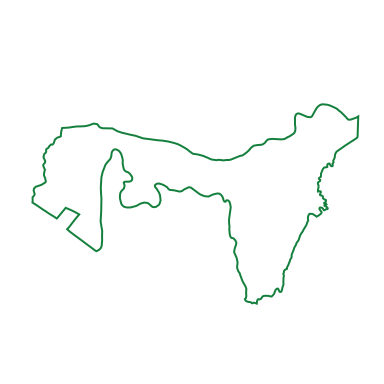 Uspantán, Quiché, Guatemala, rotated 97°
{"feature_id": "79465075B86057243605305", "entity_name": "Uspantán", "entity_type": "district", "adm_level": 2, "iso_a3": "GTM", "parent_name": "Guatemala", "parent_adm1": "Quiché", "projection": "orthographic", "projection_center": [-90.797, 15.482], "detail": "fine", "context": "isolated", "style": "outline", "palette": "green", "viewbox_px": 384, "rotation_deg": 97, "n_neighbors": 0, "source": "geoboundaries", "source_scale": "gbopen_adm2", "svg_char_len": 5959}
<svg xmlns="http://www.w3.org/2000/svg" viewBox="0 0 384 384"><g transform="rotate(97 192 192)"><path d="M187.1,341.2L187.7,340.7L188.0,340.7L190.9,341.1L193.4,341.0L196.6,339.3L199.2,338.4L200.2,338.6L201.1,339.6L203.3,342.4L205.9,347.8L207.9,349.3L210.0,349.3L213.3,347.9L214.6,348.2L216.6,349.6L220.8,349.0L221.9,349.1L225.0,342.7L227.3,338.4L228.9,335.0L230.9,331.2L233.1,326.3L234.8,323.0L233.4,322.0L223.1,315.4L224.8,309.6L226.1,305.8L228.0,301.2L234.0,305.1L241.8,309.7L244.2,311.4L246.6,307.8L250.1,301.7L250.9,300.2L262.2,280.4L262.3,279.4L260.6,277.1L259.7,276.3L258.5,275.6L256.4,275.1L250.6,275.3L248.4,275.7L241.6,276.4L238.7,277.2L238.0,277.5L232.4,279.1L222.0,279.8L209.5,281.1L203.0,282.4L198.3,283.1L188.5,283.7L183.0,283.1L175.5,281.2L172.8,279.7L169.9,277.6L168.8,277.0L166.5,276.5L162.7,276.5L161.4,276.1L160.2,275.4L159.1,274.0L159.0,272.4L159.3,271.2L160.3,269.2L162.7,267.0L167.1,265.1L168.8,264.6L172.6,264.2L176.8,262.8L178.6,261.8L179.5,260.5L180.0,259.2L180.2,257.8L181.0,256.5L182.0,255.3L184.1,253.5L185.0,253.1L186.2,252.9L187.3,253.0L188.3,253.6L188.8,254.3L189.4,255.7L189.8,259.0L190.1,260.1L190.6,260.7L191.1,260.9L192.9,260.0L194.1,259.7L196.0,259.9L196.8,260.0L199.1,261.8L200.6,262.6L201.8,263.0L203.2,263.1L205.3,263.0L207.2,262.7L212.0,260.9L213.2,260.1L214.5,258.5L214.9,257.6L215.2,255.9L215.3,254.5L214.8,251.0L212.7,245.8L211.9,244.5L210.0,242.1L208.3,238.1L208.3,235.0L208.7,233.8L211.6,229.5L211.7,227.7L211.0,225.7L208.8,223.3L207.1,222.6L204.1,222.2L200.1,223.1L198.3,223.7L196.3,224.9L194.8,226.1L193.0,227.6L191.6,229.1L190.9,229.5L190.0,229.6L189.3,229.3L188.1,227.9L187.8,226.7L187.6,225.7L188.1,222.7L188.7,220.7L190.2,217.4L190.7,216.8L191.8,215.9L192.6,214.4L192.5,210.1L193.1,204.4L192.3,202.1L190.6,200.3L188.2,196.7L187.6,195.4L187.8,193.5L192.9,184.6L193.9,182.2L194.6,179.0L194.5,175.1L192.0,171.0L191.0,168.5L190.3,166.3L190.3,164.8L191.2,162.9L193.1,161.1L196.8,159.4L197.6,158.5L197.5,157.5L196.4,157.0L195.9,156.4L196.0,155.1L196.5,154.3L197.2,153.6L200.0,152.4L202.5,151.7L214.6,151.9L218.9,151.3L221.7,150.6L224.7,150.4L229.3,149.4L231.7,148.4L232.2,148.0L232.5,147.6L232.8,146.8L232.8,145.8L233.1,145.0L234.5,143.3L236.2,142.1L236.9,141.8L239.1,141.9L242.2,142.6L245.1,142.9L246.7,142.8L251.9,139.7L256.2,138.2L260.7,138.1L262.2,137.8L265.0,136.4L267.0,134.6L268.0,134.3L274.5,130.9L279.0,127.5L281.4,126.3L285.5,126.0L288.8,125.4L290.8,125.6L291.7,126.4L292.5,126.1L293.3,125.5L293.8,124.5L294.2,123.0L294.2,120.4L294.5,119.7L295.0,119.2L295.1,118.6L295.0,118.2L294.5,117.6L294.3,116.7L294.9,114.1L292.1,114.1L290.7,113.7L290.3,113.2L290.4,111.8L289.8,110.7L287.0,109.1L286.8,108.8L286.4,107.9L286.0,106.2L285.8,103.3L286.1,101.1L286.0,100.2L284.1,98.7L282.5,97.9L280.9,97.7L278.8,97.0L278.3,96.6L277.5,95.7L277.4,95.3L277.5,94.8L277.7,94.6L280.2,93.1L280.4,92.6L280.4,92.1L280.2,91.4L280.0,91.2L278.3,90.8L275.2,90.5L272.8,89.9L269.9,90.4L268.0,90.5L266.9,90.7L264.2,90.6L263.2,90.8L262.1,91.4L260.9,91.0L259.1,91.0L257.8,90.2L257.3,89.5L257.0,88.6L256.5,88.4L255.3,88.5L252.3,87.4L250.3,87.0L249.3,86.6L247.2,86.3L245.3,85.4L244.4,85.2L242.2,85.4L241.3,85.3L238.5,84.4L234.6,83.6L232.1,82.5L229.7,82.0L227.4,80.6L226.3,80.2L222.0,79.4L219.6,78.4L217.9,77.4L215.6,76.6L210.7,74.4L208.0,73.9L206.0,73.2L204.0,73.8L202.3,73.8L200.9,73.5L199.4,72.8L199.2,71.7L199.1,69.9L199.2,69.4L200.8,66.0L201.3,65.4L200.8,64.8L200.0,63.5L199.3,62.8L197.7,61.3L197.0,61.0L196.4,60.9L195.8,61.1L194.7,62.4L193.5,63.3L193.1,63.5L192.0,63.3L191.7,62.3L192.0,60.7L192.5,60.1L193.8,59.1L194.0,58.6L194.0,58.3L193.1,57.2L192.7,56.7L192.4,55.5L192.1,55.3L191.6,55.3L190.7,56.0L189.5,58.8L189.1,58.9L188.6,57.5L188.0,57.0L187.5,57.5L187.5,58.9L187.1,59.4L186.7,59.5L186.4,59.3L186.3,58.2L185.9,58.0L183.8,58.0L183.5,58.4L183.3,59.6L182.4,61.1L182.0,61.3L180.5,61.6L180.1,61.9L179.7,63.0L179.6,64.1L179.5,64.4L179.0,64.7L178.7,64.7L176.6,64.1L176.2,64.1L175.8,64.3L175.6,65.4L176.2,67.0L175.5,67.2L173.4,67.2L172.7,67.0L170.6,67.1L169.6,67.4L168.8,68.0L167.6,68.1L166.8,67.8L165.7,66.4L165.0,66.1L164.4,66.2L163.7,67.4L163.4,67.7L163.0,67.7L162.7,67.6L161.4,66.2L160.6,65.9L158.1,66.2L153.1,64.8L151.7,63.8L151.4,63.3L151.0,61.4L150.7,60.8L148.6,61.0L148.2,61.0L147.7,60.6L147.2,59.9L147.0,59.1L147.3,58.8L149.1,57.4L149.4,56.7L149.2,55.7L147.9,55.6L146.8,56.0L145.5,55.2L145.1,55.1L144.0,55.6L143.6,55.6L140.9,54.6L136.8,54.5L134.3,53.4L126.9,45.2L118.4,35.1L117.6,34.6L116.9,34.4L96.7,36.2L98.3,38.2L100.8,43.3L101.1,44.9L100.9,46.2L98.8,48.4L94.5,54.0L93.0,56.6L92.1,57.7L91.4,59.1L89.4,65.3L88.9,68.1L89.0,72.9L89.2,73.8L89.6,74.3L89.8,75.2L91.7,77.3L93.4,78.4L96.2,79.7L102.0,82.0L103.1,83.0L103.4,84.0L103.4,86.7L101.1,94.8L101.1,96.4L101.8,97.7L102.6,98.3L104.0,98.7L106.0,98.8L112.5,98.0L115.9,97.1L118.6,97.0L120.9,97.6L122.2,98.8L124.7,101.8L125.5,102.9L125.6,103.4L126.7,104.6L126.7,104.9L127.6,105.9L128.2,106.9L128.9,109.8L129.5,118.7L130.4,122.6L131.7,124.1L134.4,125.7L136.1,127.6L136.7,129.0L137.3,132.2L138.4,136.1L140.2,138.2L142.6,140.0L143.1,140.1L146.1,142.6L148.9,145.6L149.8,146.9L150.2,148.5L155.0,157.2L155.7,159.0L156.1,162.0L156.9,165.0L156.7,166.3L156.9,170.1L157.4,171.1L157.4,175.9L157.1,177.7L156.0,180.8L156.0,181.3L155.7,181.8L155.5,183.1L154.9,184.6L154.0,190.9L154.0,195.3L153.6,196.4L151.5,200.1L150.3,201.9L149.0,204.8L147.3,208.9L146.3,211.7L145.6,215.2L144.8,221.5L144.6,227.9L144.8,232.0L144.7,247.1L143.0,255.4L142.8,258.8L141.7,268.7L140.8,273.3L138.6,278.7L139.6,288.5L139.2,291.0L138.4,292.2L136.5,293.9L136.2,294.6L136.1,297.9L138.4,302.5L139.6,305.8L140.3,309.6L141.1,314.9L143.1,322.3L144.3,328.7L148.2,329.2L152.7,329.0L153.1,329.4L154.5,332.4L155.2,333.1L156.7,334.4L160.3,335.2L161.4,335.7L161.9,336.2L162.1,337.8L164.4,339.6L165.1,339.7L165.5,339.8L167.1,341.7L167.7,341.9L169.9,341.7L170.7,341.9L172.6,343.4L175.7,343.6L179.1,341.5L180.2,341.4L181.3,341.8L182.1,342.4L183.2,342.9L184.0,342.9L187.1,341.2Z" fill="none" stroke="#15803d" stroke-width="2"/></g></svg>